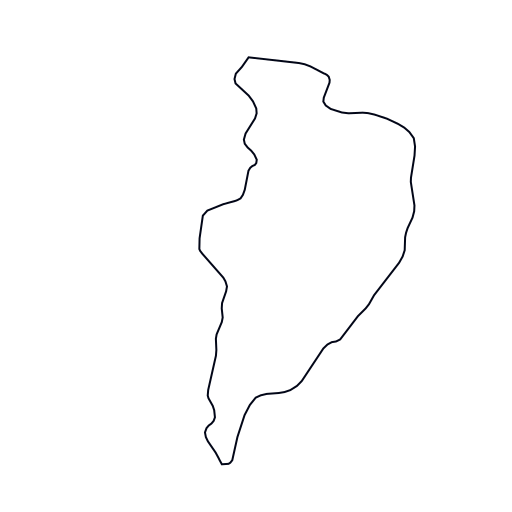 the Department of Guairá, rotated 125°
{"feature_id": "PRY-608", "entity_name": "Guairá", "entity_type": "Department", "adm_level": 1, "iso_a3": "PRY", "parent_name": "Paraguay", "parent_adm1": "", "projection": "albers", "projection_center": [-56.21, -25.878], "detail": "fine", "context": "isolated", "style": "outline", "palette": "ink", "viewbox_px": 512, "rotation_deg": 125, "n_neighbors": 0, "source": "natural_earth", "source_scale": "10m", "svg_char_len": 1628}
<svg xmlns="http://www.w3.org/2000/svg" viewBox="0 0 512 512"><g transform="rotate(125 256 256)"><path d="M179.4,134.9L220.4,136.8L230.7,135.8L236.0,136.1L246.7,138.0L276.1,139.2L280.1,141.4L283.1,144.5L287.5,146.7L293.1,147.8L332.1,146.8L338.8,147.9L346.2,151.0L351.1,154.6L355.2,158.8L362.8,168.1L367.4,172.2L372.2,175.0L381.5,175.6L392.9,174.1L414.9,167.4L436.9,158.3L440.1,158.5L442.0,159.3L446.2,164.5L444.0,168.9L443.0,170.7L440.2,176.3L435.4,189.1L433.1,193.2L429.8,196.6L425.4,197.8L422.0,197.5L418.8,196.4L415.4,196.1L411.7,197.1L406.3,201.8L403.6,205.4L399.8,213.3L398.0,215.5L393.2,218.3L360.7,231.6L355.8,234.5L346.8,241.4L342.8,243.3L329.8,246.1L325.5,248.0L318.6,254.0L314.0,256.8L302.1,260.2L297.6,262.3L294.3,266.5L292.5,270.3L284.9,301.4L283.8,304.8L283.4,305.4L282.8,306.4L273.8,312.4L253.4,322.7L246.7,321.9L232.3,312.5L222.4,304.3L220.7,303.2L217.7,301.7L213.4,301.8L208.2,303.2L190.4,311.1L187.0,311.3L184.4,310.6L182.1,309.2L179.7,309.1L176.7,310.6L173.8,315.7L172.5,320.3L171.9,325.1L170.5,329.6L167.6,332.7L161.6,334.8L143.9,335.7L138.8,337.3L135.0,340.4L131.1,347.1L128.8,354.0L126.4,371.7L123.4,375.1L118.2,377.1L109.1,376.0L97.5,376.0L73.2,331.3L71.0,326.1L69.5,320.2L67.5,304.9L67.2,304.0L67.0,301.8L67.4,299.3L69.5,296.6L71.9,295.2L87.4,291.3L90.9,289.4L92.7,285.2L92.7,279.2L89.2,268.0L86.0,262.0L77.4,250.8L74.7,246.2L72.2,240.1L68.4,227.5L66.3,215.2L65.8,208.2L66.5,201.5L69.0,194.3L75.1,188.5L82.9,183.7L102.9,174.0L106.5,171.7L123.7,155.2L128.6,152.1L134.8,149.8L146.2,147.8L150.9,146.4L155.1,144.6L166.0,137.5L172.3,135.6L179.4,134.9Z" fill="none" stroke="#020617" stroke-width="2"/></g></svg>